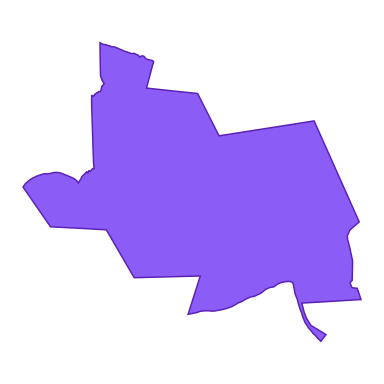 the district of Reimerswaal, Zeeland, Netherlands
{"feature_id": "6326949B12862747379665", "entity_name": "Reimerswaal", "entity_type": "district", "adm_level": 2, "iso_a3": "NLD", "parent_name": "Netherlands", "parent_adm1": "Zeeland", "projection": "orthographic", "projection_center": [4.116, 51.444], "detail": "fine", "context": "isolated", "style": "filled", "palette": "violet", "viewbox_px": 384, "rotation_deg": 0, "n_neighbors": 0, "source": "geoboundaries", "source_scale": "gbopen_adm2", "svg_char_len": 5260}
<svg xmlns="http://www.w3.org/2000/svg" viewBox="0 0 384 384"><path d="M50.5,226.8L76.0,228.1L106.3,229.8L122.6,257.8L134.2,277.7L165.5,276.9L200.3,276.0L194.0,295.7L188.1,314.3L196.7,312.6L199.5,311.6L200.0,311.4L200.5,311.3L201.4,311.2L202.8,311.0L203.9,310.9L204.7,310.8L206.9,310.8L207.5,310.8L208.0,310.8L208.5,310.8L210.5,311.0L211.7,311.1L212.5,311.1L213.7,311.1L214.4,311.0L215.1,310.9L217.7,310.4L219.4,310.1L220.7,309.9L221.6,309.7L222.7,309.4L225.4,308.8L226.1,308.6L226.7,308.4L227.9,308.0L229.0,307.6L229.9,307.3L231.0,306.9L231.7,306.6L232.4,306.3L233.2,305.9L234.1,305.3L237.0,303.7L237.7,303.3L238.2,302.9L238.5,302.8L238.7,302.7L239.3,302.5L240.2,302.2L240.7,302.0L241.7,301.6L242.4,301.2L243.3,300.6L244.6,299.8L245.1,299.5L245.6,299.2L247.3,298.4L247.7,298.2L248.4,297.9L249.2,297.6L250.0,297.2L251.0,296.9L251.5,296.8L252.3,296.6L253.3,296.5L253.8,296.4L254.3,296.3L255.7,295.7L257.8,294.6L258.9,294.2L259.6,293.9L260.2,293.6L260.7,293.3L262.0,292.3L263.2,291.4L264.3,290.5L265.2,289.8L265.6,289.5L266.3,289.1L267.1,288.7L268.0,288.2L268.7,288.0L269.4,287.7L270.1,287.5L270.6,287.3L271.5,287.2L272.4,287.1L272.9,287.0L273.6,286.9L274.1,286.6L274.7,286.3L275.3,285.8L276.1,285.1L277.2,284.3L278.0,283.9L278.9,283.4L279.6,283.2L281.5,282.5L282.3,282.3L283.4,282.0L284.4,281.9L285.5,281.7L286.8,281.5L287.8,281.5L288.9,281.4L289.5,281.5L290.3,281.6L291.1,281.7L291.6,282.0L292.1,282.3L292.6,282.8L292.9,283.2L293.2,283.9L293.3,284.3L293.5,285.2L293.9,287.4L294.9,292.8L295.3,294.5L295.7,295.5L296.3,296.9L296.9,298.3L297.1,298.8L297.3,299.3L297.6,300.7L298.0,301.9L298.5,304.0L298.8,305.0L299.1,306.1L299.6,307.7L300.1,309.1L300.5,310.2L300.9,311.2L301.4,312.3L301.7,313.2L302.1,314.6L302.4,315.7L302.8,316.9L303.2,317.9L303.7,319.2L304.2,320.5L304.8,321.9L305.0,322.4L305.1,322.7L305.3,323.0L305.6,323.5L305.8,323.8L306.1,324.1L306.3,324.4L306.7,324.8L306.9,325.1L307.1,325.5L307.7,326.5L308.4,327.7L308.7,328.1L308.9,328.3L309.1,328.6L309.6,329.1L310.4,330.0L310.9,330.6L311.3,331.0L311.8,331.7L312.4,332.5L312.8,333.0L313.1,333.4L313.4,333.7L313.8,334.1L314.3,334.5L314.9,335.1L315.7,335.9L316.5,336.8L316.9,337.4L317.3,337.9L317.5,338.1L317.8,338.4L318.2,338.7L319.0,339.5L320.1,340.5L320.9,341.3L326.0,334.6L310.9,325.4L306.3,317.9L304.1,311.9L302.5,305.7L301.8,303.1L335.4,301.1L358.3,299.7L361.0,299.6L358.1,290.6L357.9,290.6L357.4,289.1L357.5,289.1L357.4,288.6L357.3,288.3L352.0,287.7L350.0,282.9L352.2,280.4L352.5,267.9L352.5,267.7L352.6,261.1L350.0,248.7L347.7,239.8L347.7,239.6L347.6,239.4L347.3,235.6L348.8,232.7L349.8,230.2L350.0,230.0L350.1,229.9L353.0,227.3L354.3,226.2L356.3,224.5L358.4,222.6L359.2,221.9L358.9,221.1L357.3,217.7L355.5,213.5L354.7,211.8L354.6,211.6L327.4,150.6L314.1,120.9L299.6,123.2L219.0,135.8L197.6,93.5L176.5,91.3L146.5,88.1L153.6,61.4L152.3,60.6L152.0,60.4L151.6,60.3L148.3,59.6L147.8,59.5L146.5,59.0L146.4,58.9L146.1,58.8L145.9,58.7L145.2,58.0L144.8,57.4L144.3,56.7L144.2,56.5L144.0,56.4L143.7,56.3L143.3,56.1L142.9,56.0L142.4,55.8L142.0,55.8L141.7,56.0L140.9,56.3L140.5,56.5L140.2,56.7L139.9,57.0L139.6,56.9L139.3,56.6L138.4,55.4L138.2,55.2L137.8,55.0L136.2,54.4L134.2,53.3L133.9,53.3L132.4,53.6L132.1,53.7L131.7,53.6L128.3,52.5L126.1,51.6L124.7,51.3L123.9,50.9L123.4,50.7L122.2,50.1L121.1,49.7L117.6,48.2L116.1,47.6L115.1,47.2L113.9,46.8L113.5,46.8L112.1,46.8L111.8,46.8L110.1,46.0L109.7,45.9L109.3,45.8L109.2,45.7L108.5,45.6L107.7,45.4L107.3,45.3L106.9,45.1L106.6,45.0L106.2,44.8L104.4,44.5L104.0,44.5L103.6,44.4L103.0,44.2L101.7,43.6L100.0,42.7L100.2,60.7L100.5,75.3L100.5,75.7L100.6,75.9L100.8,76.7L101.0,77.2L101.0,77.3L101.7,79.1L101.8,79.4L101.9,79.6L102.0,79.8L102.2,80.2L102.6,80.8L102.4,81.0L102.5,81.1L102.8,81.5L102.9,81.8L103.2,82.1L103.3,82.3L103.4,82.5L103.7,82.8L103.8,83.0L104.0,83.3L104.1,83.5L103.7,84.1L103.5,84.3L103.4,84.5L103.3,84.9L103.2,85.1L103.1,85.3L103.0,85.5L102.9,85.6L102.7,85.8L102.3,85.9L102.2,86.0L101.9,86.2L101.8,86.4L101.8,86.6L101.7,86.9L101.7,87.1L101.6,87.3L101.5,87.6L101.4,88.0L101.3,88.3L101.3,88.6L101.2,89.2L101.2,89.6L101.1,89.9L101.1,90.1L101.0,90.4L100.9,90.4L100.8,90.6L100.7,90.8L100.5,91.2L100.4,91.3L100.2,91.4L100.0,91.5L99.6,91.6L99.3,91.6L99.1,91.6L98.8,91.6L98.8,91.8L98.5,92.1L98.4,92.2L98.3,92.3L98.1,92.4L97.9,92.4L97.6,92.4L97.4,92.4L96.7,92.8L96.2,93.2L95.8,93.5L95.5,93.8L95.2,94.0L95.3,94.3L93.3,96.1L93.0,95.6L91.7,95.6L91.6,101.9L91.7,105.0L91.8,109.9L92.3,124.7L92.9,143.4L93.0,147.5L93.3,156.2L93.5,162.6L94.1,168.8L92.8,168.8L92.7,168.7L91.6,169.7L91.0,170.4L90.6,171.0L90.3,171.4L89.5,170.8L89.0,170.7L88.7,171.2L88.4,171.7L87.8,172.6L86.9,171.8L86.1,172.9L85.8,172.6L84.7,173.8L83.8,174.7L83.2,175.2L82.9,175.4L81.9,176.8L81.5,177.6L81.4,177.7L81.4,177.8L81.3,178.0L81.2,178.4L81.1,178.5L81.0,178.9L80.8,179.0L79.9,180.4L78.4,182.8L76.9,181.0L76.1,180.2L75.3,179.5L74.6,179.0L73.5,178.4L72.4,177.8L68.5,176.1L66.4,175.2L62.6,173.8L60.4,173.0L59.5,172.7L58.6,172.6L56.5,172.4L55.0,172.4L54.3,172.5L52.8,172.8L51.2,173.2L50.4,173.4L49.2,173.6L48.0,173.7L44.9,173.8L44.0,173.9L43.3,174.0L41.6,174.5L39.2,175.2L38.2,175.6L37.1,176.0L33.1,177.9L31.9,178.6L30.6,179.4L29.8,180.0L27.8,181.6L26.8,182.4L26.0,183.2L25.3,183.8L24.3,185.2L23.6,186.3L23.0,187.1L29.7,196.7L50.5,226.8Z" fill="#8b5cf6" stroke="#5b21b6" stroke-width="1.5"/></svg>